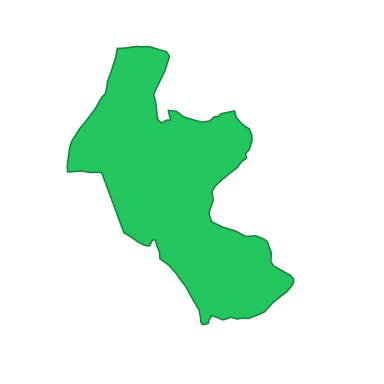 Ado, Benue, Nigeria (orthographic projection), rotated 297°
{"feature_id": "59680162B34366982763718", "entity_name": "Ado", "entity_type": "district", "adm_level": 2, "iso_a3": "NGA", "parent_name": "Nigeria", "parent_adm1": "Benue", "projection": "orthographic", "projection_center": [7.998, 6.763], "detail": "fine", "context": "isolated", "style": "filled", "palette": "green", "viewbox_px": 384, "rotation_deg": 297, "n_neighbors": 0, "source": "geoboundaries", "source_scale": "gbopen_adm2", "svg_char_len": 1713}
<svg xmlns="http://www.w3.org/2000/svg" viewBox="0 0 384 384"><g transform="rotate(297 192 192)"><path d="M82.5,266.2L84.9,265.4L90.8,265.6L91.8,272.9L91.8,276.9L93.7,279.6L98.0,283.4L98.7,286.7L99.2,289.4L99.9,290.9L100.8,291.7L101.4,292.7L103.0,295.4L104.9,299.7L111.5,305.7L112.6,306.7L118.0,311.0L123.9,312.7L130.6,314.4L134.7,316.5L140.0,318.7L145.7,321.6L150.1,322.9L157.1,323.8L160.6,322.0L162.6,316.9L162.6,310.9L163.3,298.2L165.6,293.9L173.8,290.3L181.9,281.8L182.7,277.7L181.9,268.6L176.8,260.1L177.1,248.7L174.6,235.0L174.5,222.6L175.3,222.0L180.4,217.2L182.1,216.5L195.0,214.5L201.3,209.6L208.3,210.1L216.7,213.2L226.2,217.4L233.8,221.1L236.2,221.5L239.6,222.1L241.8,222.5L245.5,224.6L247.4,225.1L250.6,222.2L255.4,223.8L264.4,222.4L269.5,219.8L274.3,214.4L274.8,208.8L275.9,203.9L277.0,201.5L279.1,196.9L283.6,193.2L279.5,188.0L275.2,182.6L271.3,180.9L269.2,177.9L263.5,175.5L259.2,170.1L257.4,163.1L255.1,150.4L256.8,141.7L254.0,133.8L249.3,137.7L247.6,139.3L246.2,140.1L244.8,137.1L239.6,133.4L241.2,128.6L244.8,125.9L253.4,120.5L262.0,113.4L287.7,112.9L302.6,110.4L305.4,105.8L302.1,87.8L298.4,80.9L296.5,76.4L289.9,67.1L287.3,62.7L286.1,60.2L277.2,62.9L263.4,65.2L251.2,66.7L247.4,68.4L241.3,69.8L240.4,70.2L235.5,68.6L222.7,68.0L220.9,67.7L217.5,67.1L205.5,65.1L197.6,63.2L182.8,61.8L176.8,62.6L158.9,68.8L153.3,72.1L160.6,84.2L163.0,92.2L164.9,95.6L168.4,102.6L124.8,149.8L124.5,154.1L124.3,157.4L122.9,167.2L122.9,173.7L123.6,176.5L125.0,178.8L131.0,178.4L132.8,181.1L127.8,185.3L124.1,190.0L118.0,193.7L116.1,205.0L112.3,214.6L108.9,220.9L105.0,229.2L95.9,242.5L90.2,251.8L84.7,256.1L80.3,258.7L78.6,261.4L79.8,263.5L82.5,266.2Z" fill="#22c55e" stroke="#15803d" stroke-width="1.5"/></g></svg>